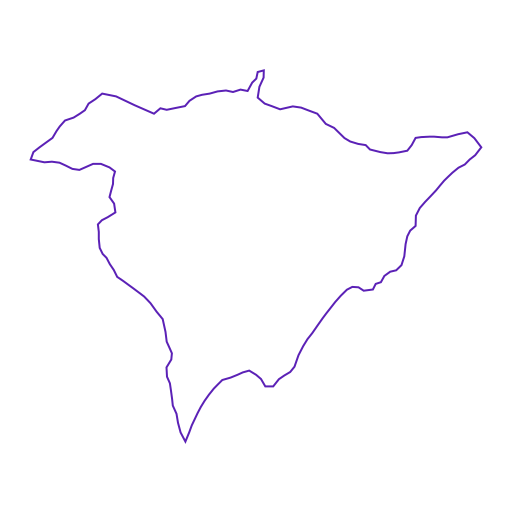 the district of Rio das Ostras, Rio de Janeiro, Brazil
{"feature_id": "56859067B39929530851792", "entity_name": "Rio das Ostras", "entity_type": "district", "adm_level": 2, "iso_a3": "BRA", "parent_name": "Brazil", "parent_adm1": "Rio de Janeiro", "projection": "mercator", "projection_center": [-41.947, -22.471], "detail": "fine", "context": "isolated", "style": "outline", "palette": "violet", "viewbox_px": 512, "rotation_deg": 0, "n_neighbors": 0, "source": "geoboundaries", "source_scale": "gbopen_adm2", "svg_char_len": 2232}
<svg xmlns="http://www.w3.org/2000/svg" viewBox="0 0 512 512"><path d="M185.4,441.6L189.2,432.4L191.8,425.3L194.8,419.0L197.6,413.1L200.8,407.0L204.6,400.8L209.0,394.6L213.8,388.6L218.1,384.2L222.3,380.0L230.6,377.6L237.5,374.8L242.8,372.4L249.2,370.6L256.1,374.8L261.0,379.0L265.3,386.4L273.2,386.4L278.9,379.2L284.3,375.5L290.2,372.0L294.5,366.7L298.5,355.2L303.2,346.1L307.5,339.1L312.2,333.2L318.1,324.7L322.9,317.9L326.2,313.5L330.6,307.9L335.3,301.9L340.8,295.7L346.9,289.7L352.3,286.9L358.5,287.3L363.7,290.7L372.9,289.5L375.7,283.9L380.9,282.2L384.4,275.9L390.2,271.7L396.2,270.3L401.5,265.1L404.3,256.3L405.6,244.1L407.3,236.3L410.2,230.6L415.6,225.9L415.9,215.6L419.8,208.0L425.2,201.8L430.4,196.4L436.2,190.2L440.3,185.2L444.2,180.6L448.4,176.5L452.4,172.7L458.5,167.7L464.8,164.5L469.7,159.5L475.2,155.2L481.3,147.3L474.3,138.1L467.4,132.3L458.2,134.2L447.5,137.3L441.7,137.3L434.4,136.7L429.0,136.7L421.1,137.1L415.6,137.9L411.7,145.1L407.3,150.7L398.9,152.4L393.6,153.1L387.7,153.3L380.4,152.1L370.0,149.5L365.7,145.1L358.1,143.9L350.2,141.5L344.5,138.1L334.1,127.9L325.8,123.9L317.3,113.7L308.4,110.4L301.1,107.6L292.8,106.4L280.1,109.3L271.4,106.0L264.7,103.6L257.7,97.6L259.4,86.8L263.6,77.6L263.8,70.4L257.7,72.0L256.3,78.6L252.2,82.6L247.6,91.0L240.5,89.6L233.0,92.0L226.0,90.5L217.6,91.4L209.7,93.6L202.0,94.8L196.2,96.4L189.5,100.8L185.0,106.1L174.5,108.2L166.7,109.8L160.4,108.3L154.0,113.7L134.6,105.2L116.1,96.4L102.2,93.6L95.3,99.2L88.6,103.6L84.9,110.2L80.0,113.6L73.6,117.6L65.0,120.5L59.7,126.5L56.5,131.1L52.5,137.9L45.3,143.1L39.4,147.4L33.4,152.1L30.7,159.5L44.4,162.3L51.9,161.7L59.5,162.7L65.8,165.6L72.4,168.9L79.4,169.9L84.4,167.7L93.0,163.9L101.0,163.9L109.5,167.4L115.0,171.5L113.2,178.0L113.0,184.0L111.2,190.5L109.5,197.1L114.1,203.6L115.4,212.4L107.7,217.2L101.9,220.2L97.9,224.4L98.8,231.9L98.8,239.1L99.7,247.9L102.7,254.0L106.5,257.8L109.8,264.1L113.8,270.0L117.2,276.9L123.1,280.9L129.1,285.3L133.5,288.5L144.1,296.5L150.5,303.2L156.6,311.7L162.7,319.1L165.5,331.9L166.7,341.7L169.3,347.4L171.9,353.3L171.3,359.5L166.5,367.4L167.0,376.7L169.9,383.3L171.0,390.8L172.1,399.0L172.8,405.6L176.5,413.8L178.0,422.8L180.6,432.5L185.4,441.6Z" fill="none" stroke="#5b21b6" stroke-width="2"/></svg>